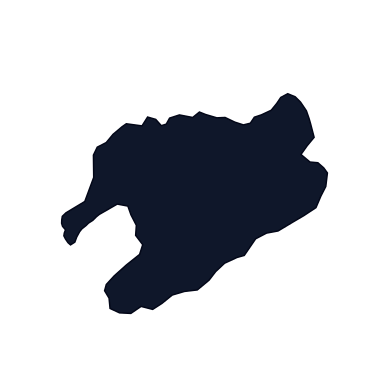 Margi, Nicosia, Cyprus, rotated 225°
{"feature_id": "46923920B34513672792511", "entity_name": "Margi", "entity_type": "district", "adm_level": 2, "iso_a3": "CYP", "parent_name": "Cyprus", "parent_adm1": "Nicosia", "projection": "equal_earth", "projection_center": [33.327, 35.024], "detail": "fine", "context": "isolated", "style": "filled", "palette": "ink", "viewbox_px": 384, "rotation_deg": 225, "n_neighbors": 0, "source": "geoboundaries", "source_scale": "gbopen_adm2", "svg_char_len": 1290}
<svg xmlns="http://www.w3.org/2000/svg" viewBox="0 0 384 384"><g transform="rotate(225 192 192)"><path d="M266.4,88.2L266.5,83.1L264.4,80.2L262.1,77.7L259.3,76.2L254.7,75.8L253.3,72.7L251.6,70.4L248.2,69.3L243.8,68.5L240.5,68.7L239.4,73.7L241.7,78.7L243.4,84.5L243.8,88.1L243.2,93.3L243.2,96.8L242.1,101.8L242.1,106.9L241.7,110.6L236.3,130.6L227.4,136.7L219.0,132.7L207.8,129.1L201.2,121.5L189.6,119.9L184.9,110.8L186.8,94.0L187.7,77.7L187.2,66.0L184.0,60.4L175.6,58.3L167.6,51.7L157.8,55.3L149.4,62.9L147.1,75.1L136.8,81.2L134.5,91.9L133.1,105.2L127.0,116.4L119.0,126.5L117.6,141.8L119.0,152.5L118.6,164.7L113.9,177.5L110.2,184.1L113.9,203.9L110.2,215.7L103.6,225.3L99.4,242.1L96.2,254.4L93.3,268.6L98.0,280.3L101.3,290.5L109.7,301.2L115.8,302.2L123.7,301.7L129.8,296.6L141.5,295.6L143.3,306.3L144.3,317.0L156.4,324.1L161.1,326.7L168.5,330.3L178.8,332.3L186.3,332.3L193.8,329.2L196.1,321.6L194.7,314.5L193.8,305.8L197.5,295.6L200.8,289.0L199.4,281.9L203.1,275.8L211.1,271.7L221.3,268.1L226.9,262.0L237.2,256.4L243.3,253.8L244.2,245.2L255.4,237.6L260.1,228.4L258.2,221.8L260.6,217.2L269.0,217.7L276.4,213.6L274.1,203.4L286.7,193.8L287.6,188.7L288.6,177.0L287.6,166.3L290.7,156.7L287.8,148.4L271.8,132.8L261.1,109.5L266.4,88.2Z" fill="#0f172a" stroke="#020617" stroke-width="1.5"/></g></svg>